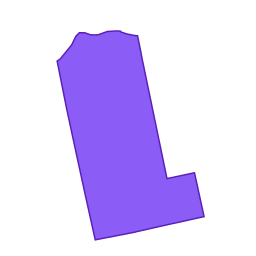 the district of Racine, Wisconsin, United States of America, rotated 258°
{"feature_id": "52423323B56497916427340", "entity_name": "Racine", "entity_type": "district", "adm_level": 2, "iso_a3": "USA", "parent_name": "United States of America", "parent_adm1": "Wisconsin", "projection": "natural_earth1", "projection_center": [-87.993, 42.727], "detail": "fine", "context": "isolated", "style": "filled", "palette": "violet", "viewbox_px": 256, "rotation_deg": 258, "n_neighbors": 0, "source": "geoboundaries", "source_scale": "gbopen_adm2", "svg_char_len": 556}
<svg xmlns="http://www.w3.org/2000/svg" viewBox="0 0 256 256"><g transform="rotate(258 128 128)"><path d="M25.4,72.7L25.4,73.4L24.7,113.8L24.8,114.4L25.2,143.9L25.2,145.8L25.4,170.0L25.5,184.0L39.2,183.9L70.4,183.7L70.4,155.6L194.2,156.2L201.0,156.4L216.3,156.5L217.4,152.9L220.5,145.9L223.4,141.1L223.6,140.7L224.3,140.7L225.3,137.1L226.7,127.9L225.4,118.1L226.1,114.3L226.9,110.8L230.1,105.6L231.3,100.2L228.6,96.1L220.8,90.0L209.6,76.0L208.2,72.6L160.6,72.0L115.6,72.1L70.5,72.3L25.4,72.7Z" fill="#8b5cf6" stroke="#5b21b6" stroke-width="1.5"/></g></svg>